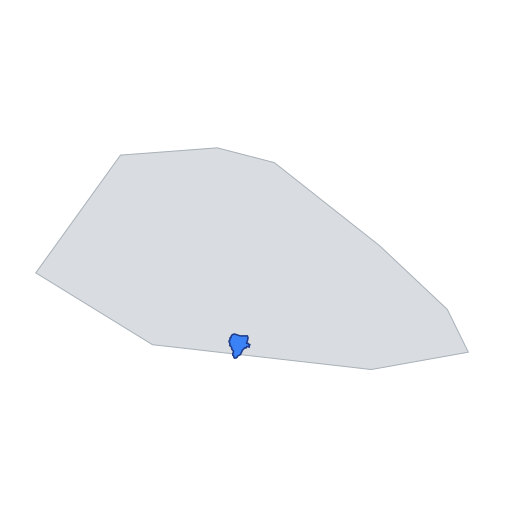 Bordelais, Praslin, Saint Lucia shown in context, rotated 94°
{"feature_id": "8701671B2612636818679", "entity_name": "Bordelais", "entity_type": "district", "adm_level": 2, "iso_a3": "LCA", "parent_name": "Saint Lucia", "parent_adm1": "Praslin", "projection": "albers", "projection_center": [-60.899, 13.896], "detail": "fine", "context": "in_parent", "style": "filled", "palette": "blue", "viewbox_px": 512, "rotation_deg": 94, "n_neighbors": 0, "source": "geoboundaries", "source_scale": "gbopen_adm2", "svg_char_len": 3266}
<svg xmlns="http://www.w3.org/2000/svg" viewBox="0 0 512 512"><g transform="rotate(94 256 256)"><path d="M351.7,353.1L288.2,474.5L164.8,398.2L150.8,302.3L161.6,244.2L237.2,133.3L296.0,61.4L337.1,37.5L361.2,133.1L351.7,353.1Z" fill="#d9dde1" stroke="#a8b0b8" stroke-width="1"/><path d="M336.3,259.1L336.8,266.3L335.7,270.4L335.3,271.8L335.4,272.0L335.5,272.2L335.5,272.3L335.5,272.5L335.6,272.8L335.6,273.0L335.6,273.3L335.8,273.5L336.0,273.6L336.1,273.8L336.3,273.9L336.3,274.0L336.4,274.3L336.5,274.3L336.6,274.5L336.8,274.7L337.1,274.8L337.4,275.0L337.5,275.0L337.8,275.2L338.0,275.2L338.3,275.3L338.4,275.2L338.7,275.1L338.8,275.1L339.1,275.2L339.2,275.3L339.3,275.4L339.3,275.5L339.3,275.8L339.3,276.0L339.5,276.2L340.0,276.3L340.4,276.3L340.6,276.3L341.0,276.2L341.3,276.1L341.5,276.0L341.8,276.1L342.1,276.3L342.2,276.5L342.3,276.7L342.4,276.8L342.6,277.0L342.8,277.0L343.0,277.0L343.1,276.9L343.4,276.8L343.7,276.7L343.9,276.6L344.0,276.6L344.3,276.5L344.5,276.4L344.8,276.1L345.0,276.1L345.2,275.9L345.3,275.9L345.5,275.9L345.8,275.8L345.9,275.7L346.0,275.7L346.2,275.8L346.3,275.8L346.6,275.9L346.7,276.0L346.8,276.0L347.1,276.0L347.3,275.9L347.5,275.6L347.6,275.4L347.6,275.2L347.8,274.9L348.0,274.6L348.2,274.4L348.4,274.2L348.6,274.1L348.8,274.0L349.0,274.0L349.3,274.0L349.5,274.0L349.7,273.9L349.8,273.9L349.8,273.7L350.1,273.6L350.4,273.6L350.6,273.6L350.8,273.6L350.9,273.4L351.0,273.3L351.2,273.1L351.3,273.0L351.6,272.7L351.8,272.5L351.8,272.4L351.9,272.2L352.0,272.1L352.3,272.0L352.4,271.9L352.5,271.8L352.6,271.7L352.9,271.7L353.0,271.8L353.3,271.9L353.3,272.0L353.6,272.1L353.8,272.1L354.0,272.1L354.3,272.0L354.4,271.9L354.5,272.0L354.8,272.2L354.9,272.3L355.0,272.3L355.4,272.4L355.6,272.4L356.0,272.4L356.3,272.3L356.5,272.3L356.7,272.2L356.8,272.1L356.9,271.9L357.0,271.6L357.4,271.4L357.5,271.3L357.5,271.2L357.9,271.1L358.0,271.1L358.4,271.0L358.5,271.0L358.5,270.9L358.7,270.7L358.8,270.6L359.1,270.4L359.3,270.4L359.3,270.2L359.4,269.9L359.4,269.6L359.3,269.4L359.2,269.2L359.1,268.7L358.9,268.5L358.9,268.4L358.7,268.2L358.4,268.0L358.3,267.8L358.1,267.6L357.9,267.6L357.7,267.6L357.3,267.6L355.4,264.6L355.2,264.5L354.9,264.4L354.7,264.4L354.4,264.2L354.2,264.2L353.8,264.2L353.6,264.1L353.3,263.9L353.1,263.8L353.0,263.7L352.9,263.6L352.7,263.5L352.6,263.4L352.4,263.3L352.2,263.4L351.4,263.4L351.2,263.3L351.0,263.2L350.9,262.9L350.7,262.8L350.7,262.7L350.2,262.3L350.0,262.1L349.8,262.0L349.7,261.9L349.4,261.7L349.2,261.6L349.1,261.4L348.5,261.2L348.4,261.0L348.3,260.9L348.3,260.7L348.5,260.4L348.5,260.2L348.5,259.9L348.5,259.7L348.4,259.5L348.3,259.4L348.2,259.3L347.9,259.4L347.7,259.2L347.3,259.1L347.2,259.1L347.1,258.7L347.1,258.4L347.0,258.2L347.0,257.9L346.9,257.8L346.8,257.7L346.9,257.4L347.0,257.2L347.2,256.9L347.3,256.8L347.4,256.5L347.2,256.5L346.7,256.4L346.3,256.5L345.8,256.5L345.6,256.4L345.4,256.2L345.1,255.9L344.8,255.9L344.7,256.0L344.6,256.8L344.5,257.2L344.6,257.4L344.5,257.5L344.2,257.6L343.7,257.8L343.6,258.0L343.6,258.3L343.7,258.7L343.7,259.3L343.2,259.3L342.6,259.1L342.0,258.9L341.5,258.9L340.9,258.6L340.7,258.5L340.4,258.4L340.1,258.4L339.8,258.4L339.3,258.6L339.1,258.5L338.6,258.2L338.4,258.2L338.2,258.2L336.3,259.0L336.3,259.1Z" fill="#3b82f6" stroke="#1e3a8a" stroke-width="1.5"/></g></svg>